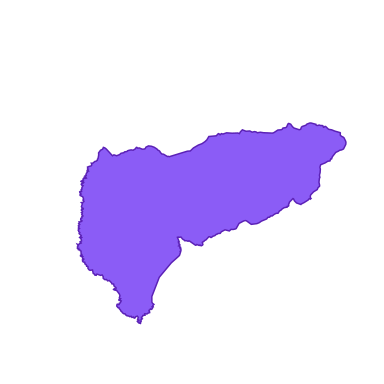 outline of Villanueva, La Guajira, Colombia, rotated 308°
{"feature_id": "7082276B95884188682011", "entity_name": "Villanueva", "entity_type": "district", "adm_level": 2, "iso_a3": "COL", "parent_name": "Colombia", "parent_adm1": "La Guajira", "projection": "robinson", "projection_center": [-73.004, 10.587], "detail": "fine", "context": "isolated", "style": "filled", "palette": "violet", "viewbox_px": 384, "rotation_deg": 308, "n_neighbors": 0, "source": "geoboundaries", "source_scale": "gbopen_adm2", "svg_char_len": 5947}
<svg xmlns="http://www.w3.org/2000/svg" viewBox="0 0 384 384"><g transform="rotate(308 192 192)"><path d="M145.3,96.3L144.7,97.5L143.9,96.4L143.1,97.4L142.0,97.2L140.4,97.7L139.9,98.5L138.7,97.8L137.9,100.2L137.4,99.8L137.2,98.3L136.6,98.8L136.4,98.2L135.4,98.1L134.9,98.4L134.6,99.1L133.9,98.7L133.4,99.3L132.6,98.0L132.0,98.0L132.1,100.0L133.1,100.4L133.0,100.8L131.3,100.6L130.5,99.9L129.9,99.9L129.5,100.9L129.8,102.3L129.0,102.2L127.3,102.7L126.6,103.5L125.7,103.2L124.4,104.7L124.0,104.5L123.7,103.6L123.0,103.4L122.3,104.3L122.1,105.9L120.7,105.5L120.4,106.1L121.0,108.8L119.6,111.0L118.5,111.0L118.4,112.1L118.0,112.7L116.5,112.3L115.6,111.4L115.4,112.8L112.3,113.9L112.1,114.7L111.4,115.3L112.1,116.1L111.9,116.7L111.4,116.8L109.9,115.8L109.6,115.9L109.2,117.8L108.5,118.0L107.7,117.6L107.5,118.8L106.2,119.1L106.2,120.4L105.9,120.8L104.6,120.4L103.9,121.2L102.8,120.6L101.4,121.5L101.5,123.1L100.9,123.1L99.4,122.1L98.9,121.4L98.3,122.2L97.2,122.2L97.2,123.5L95.3,123.3L95.0,124.5L93.7,124.6L93.8,125.8L92.9,125.5L91.8,125.9L91.6,126.6L91.0,127.2L91.0,128.5L89.7,128.7L89.5,131.5L88.4,131.6L88.3,133.1L87.8,132.9L87.4,131.5L87.0,131.4L86.9,132.9L86.3,134.1L85.4,135.1L83.9,134.5L83.6,136.1L83.0,135.9L82.6,135.2L80.5,135.0L80.2,133.8L79.4,135.5L78.1,135.5L77.6,136.2L77.0,136.4L76.9,136.9L77.7,137.5L76.7,138.2L77.4,139.0L76.9,139.8L77.1,141.0L75.4,142.3L74.7,143.9L73.6,143.1L73.0,143.4L73.0,144.5L73.8,145.1L73.9,145.6L73.3,145.5L72.4,146.7L72.5,148.1L71.6,148.2L71.1,147.5L70.1,148.4L69.9,149.4L70.6,150.8L69.4,151.9L69.6,153.3L68.6,154.7L69.2,155.5L69.0,156.1L67.8,157.0L67.3,158.5L67.5,159.9L69.3,161.6L67.0,164.3L67.2,165.7L66.7,166.7L67.4,167.8L68.4,167.4L68.9,168.0L70.0,171.3L71.3,172.2L70.7,174.1L69.4,175.0L69.2,176.9L69.4,177.5L70.4,178.5L70.0,180.2L71.3,181.3L70.9,184.4L70.3,185.5L71.2,186.9L69.9,188.5L69.8,191.1L69.5,191.4L68.5,191.7L68.2,191.5L68.1,190.4L67.0,190.1L66.9,190.9L68.0,193.3L66.9,197.5L65.9,199.1L63.8,199.9L63.5,200.5L63.9,201.4L63.0,201.4L62.2,200.7L61.8,200.9L61.7,201.4L62.5,202.6L62.6,203.3L60.4,203.7L59.5,203.2L58.7,203.8L58.2,203.6L57.7,202.3L57.3,202.1L55.8,202.9L55.3,204.8L55.8,205.8L55.3,206.3L55.0,208.2L54.4,209.1L54.5,210.1L54.0,211.6L54.1,213.3L54.8,214.1L54.3,215.5L54.6,216.6L54.4,216.9L55.3,218.5L55.5,219.9L56.6,220.5L56.2,221.9L57.5,223.0L57.0,224.1L57.6,224.6L59.0,224.4L60.5,225.3L60.1,226.9L57.9,227.7L58.4,228.8L58.2,229.2L56.4,228.6L56.0,230.5L56.7,232.3L57.3,232.1L57.6,231.2L58.7,231.6L59.9,230.5L61.5,230.9L61.6,229.7L62.2,229.3L63.2,229.7L64.4,229.3L66.0,230.8L66.7,229.7L67.0,229.7L68.1,231.6L69.4,231.9L70.9,232.9L71.6,232.2L71.8,231.3L72.4,231.0L73.1,231.3L74.2,231.2L74.4,232.2L74.9,232.5L76.4,232.3L77.0,231.3L77.7,232.1L78.5,231.0L80.0,231.2L80.0,229.4L80.5,228.2L84.9,224.7L104.7,218.7L123.5,219.3L133.5,221.1L134.6,221.1L137.7,219.9L137.9,219.4L138.2,219.7L139.1,219.3L140.0,218.6L139.9,218.2L140.3,217.6L140.7,217.8L141.2,217.2L140.6,216.8L141.7,215.6L141.6,215.3L141.9,215.5L142.2,214.7L142.9,215.0L143.1,214.5L142.8,214.3L143.8,213.0L143.7,212.6L144.4,212.0L144.9,212.5L147.3,208.4L148.0,208.9L148.4,209.8L149.7,211.0L149.1,213.6L149.3,215.6L149.1,216.2L150.2,217.6L150.8,219.3L151.6,219.6L151.8,220.2L152.2,227.5L152.7,228.0L153.6,228.1L154.3,230.6L155.1,230.9L155.2,232.3L156.3,232.9L157.2,233.0L158.7,231.1L160.5,231.8L161.5,231.8L162.9,232.5L167.0,232.8L167.7,233.5L167.7,234.7L168.3,235.4L169.6,235.5L171.8,236.9L173.7,237.2L174.1,237.7L175.2,238.0L176.8,239.7L178.7,239.6L182.5,241.3L184.3,245.4L186.6,245.8L187.8,247.5L189.8,249.1L190.5,249.3L196.2,248.4L201.1,250.6L202.3,251.6L202.8,252.5L203.0,258.6L207.0,262.6L209.3,263.9L211.7,264.6L216.7,267.4L218.7,267.4L220.0,268.7L221.3,268.6L222.6,270.0L224.9,270.5L226.9,271.4L228.3,272.9L230.8,272.6L232.5,273.3L234.3,273.5L236.4,274.3L238.7,276.3L239.3,275.9L240.3,276.7L241.3,276.3L241.8,275.6L243.3,275.4L243.8,275.0L249.0,275.6L249.1,276.3L248.1,278.1L247.7,281.1L249.2,285.5L249.8,285.5L252.8,286.9L257.3,288.5L259.0,288.5L259.3,288.8L259.2,289.6L260.1,289.8L260.1,289.3L261.6,287.7L263.0,287.3L267.0,287.7L271.0,289.2L273.2,288.6L274.9,289.0L275.9,288.4L277.8,286.1L281.0,284.1L282.2,283.8L283.8,282.0L286.0,281.1L289.0,279.1L290.3,277.5L292.7,276.6L296.9,279.0L299.9,280.1L301.4,281.6L303.2,281.0L303.7,281.0L304.0,281.6L306.2,280.9L311.7,280.9L314.5,282.3L315.7,282.6L317.3,284.0L319.2,284.9L324.1,283.9L325.6,283.0L326.6,281.9L328.3,278.4L328.3,277.0L327.9,275.6L328.1,273.8L329.9,272.5L330.0,272.2L327.9,267.0L327.0,263.8L325.5,261.0L325.9,257.0L325.5,256.4L324.1,256.0L324.0,255.6L324.7,254.6L324.5,253.5L323.7,252.7L323.0,250.9L322.0,250.3L321.3,249.4L321.2,248.1L321.6,247.9L319.6,243.2L318.8,242.3L316.2,240.7L314.7,240.6L311.5,238.5L310.4,238.3L308.3,239.0L307.1,238.2L305.2,233.0L305.3,231.0L306.2,228.0L305.6,226.0L304.7,225.7L301.5,226.5L300.4,226.2L298.4,224.3L297.1,224.5L295.9,223.9L293.7,221.5L289.0,219.9L287.9,219.1L282.7,211.8L281.2,209.1L278.9,207.0L278.8,205.6L278.1,204.1L276.2,202.6L275.7,200.0L273.1,197.1L272.0,193.4L269.3,193.1L267.2,193.4L266.7,191.8L263.0,187.4L259.9,182.8L256.7,180.7L256.1,179.2L254.4,178.9L254.5,177.6L254.2,176.8L251.2,176.5L246.1,171.1L242.3,171.6L239.6,171.2L236.2,170.1L232.9,168.1L227.6,166.0L223.3,165.4L221.3,163.2L205.9,152.4L205.4,151.2L204.8,150.8L204.3,146.4L203.4,144.8L203.7,142.6L204.2,141.8L204.3,140.4L204.0,139.5L204.3,137.9L204.0,134.7L203.1,131.9L201.5,129.3L199.0,128.1L197.3,128.4L196.3,127.8L195.1,126.4L194.3,123.4L193.1,122.2L193.2,121.0L192.9,120.7L190.9,120.7L188.7,119.9L187.7,118.1L186.1,116.7L184.9,115.9L183.9,115.8L182.0,114.1L181.0,114.1L178.8,112.2L176.9,111.9L174.2,110.3L173.2,107.6L171.6,107.0L173.1,98.0L173.1,96.1L172.6,94.7L170.7,95.2L168.6,94.2L165.3,94.3L163.8,95.6L161.6,96.8L160.3,97.4L159.6,97.3L158.7,97.9L157.1,97.4L156.4,96.7L153.8,96.1L153.2,95.7L152.7,94.9L151.8,96.2L151.1,96.5L150.2,96.3L148.9,95.2L147.3,94.3L145.7,96.3L145.4,96.6L145.3,96.3Z" fill="#8b5cf6" stroke="#5b21b6" stroke-width="1.5"/></g></svg>